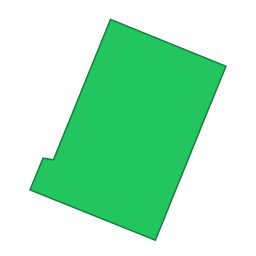 Marshall, South Dakota, United States of America, rotated 112°
{"feature_id": "52423323B27274564243659", "entity_name": "Marshall", "entity_type": "district", "adm_level": 2, "iso_a3": "USA", "parent_name": "United States of America", "parent_adm1": "South Dakota", "projection": "mercator", "projection_center": [-97.549, 45.747], "detail": "fine", "context": "isolated", "style": "filled", "palette": "green", "viewbox_px": 256, "rotation_deg": 112, "n_neighbors": 0, "source": "geoboundaries", "source_scale": "gbopen_adm2", "svg_char_len": 369}
<svg xmlns="http://www.w3.org/2000/svg" viewBox="0 0 256 256"><g transform="rotate(112 128 128)"><path d="M222.1,195.7L221.8,60.6L200.8,60.6L199.2,60.6L158.4,60.6L155.9,60.6L149.1,60.5L143.2,60.5L104.6,60.5L84.5,60.5L82.7,60.5L39.1,60.3L34.1,60.3L34.0,122.5L33.9,184.9L185.5,185.2L187.7,195.5L222.1,195.7Z" fill="#22c55e" stroke="#15803d" stroke-width="1.5"/></g></svg>